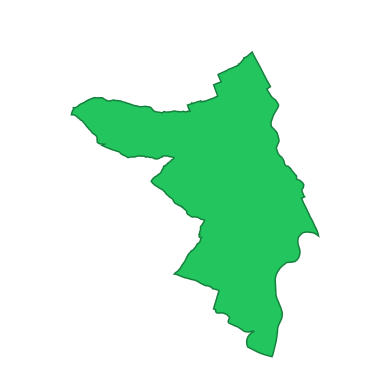 Ionesti, Gorj, Romania (orthographic projection), rotated 10°
{"feature_id": "2599482B1441582003717", "entity_name": "Ionesti", "entity_type": "district", "adm_level": 2, "iso_a3": "ROU", "parent_name": "Romania", "parent_adm1": "Gorj", "projection": "orthographic", "projection_center": [23.41, 44.619], "detail": "fine", "context": "isolated", "style": "filled", "palette": "green", "viewbox_px": 384, "rotation_deg": 10, "n_neighbors": 0, "source": "geoboundaries", "source_scale": "gbopen_adm2", "svg_char_len": 6078}
<svg xmlns="http://www.w3.org/2000/svg" viewBox="0 0 384 384"><g transform="rotate(10 192 192)"><path d="M237.5,57.3L229.7,47.5L226.9,43.7L222.6,49.1L219.8,51.0L220.1,51.3L219.0,53.5L217.5,56.2L216.5,57.4L215.5,58.1L215.9,58.9L210.4,62.7L207.2,64.6L206.0,65.4L205.5,66.1L197.4,71.6L197.3,72.1L201.7,78.6L199.5,79.7L194.7,82.7L200.7,93.1L197.5,95.3L197.3,95.5L188.4,100.7L188.2,100.4L185.5,101.7L184.9,100.7L180.0,103.2L177.0,104.9L176.4,104.3L176.1,105.0L175.8,105.4L172.4,107.2L173.5,108.7L173.6,109.4L174.5,110.7L174.8,110.5L175.1,110.9L176.3,113.4L175.6,112.9L174.8,112.8L173.5,113.3L172.6,114.0L172.0,114.3L170.7,114.1L170.0,114.2L169.3,114.0L168.2,114.7L167.3,115.0L164.8,115.1L163.4,115.4L162.1,115.2L160.4,115.3L156.3,117.0L154.8,117.3L152.5,117.9L151.4,117.7L150.3,117.7L149.9,118.1L149.2,119.0L148.3,119.3L146.3,119.1L144.1,119.3L141.0,119.1L140.2,118.7L136.8,116.0L136.1,115.7L135.1,115.6L133.3,115.8L131.3,115.7L128.7,116.4L127.4,116.9L125.3,117.1L124.2,116.9L119.5,116.8L113.7,115.8L112.3,115.9L111.3,115.4L109.7,115.4L107.6,115.2L106.0,114.7L104.8,114.9L102.3,114.9L101.6,115.2L99.0,115.0L97.8,115.4L96.2,116.3L93.6,116.9L92.8,116.8L91.9,116.6L88.6,115.4L87.8,114.9L87.0,114.8L81.6,115.9L79.9,115.9L78.5,116.5L74.4,119.0L72.2,120.7L70.5,122.4L66.8,124.9L65.7,126.0L64.4,127.7L63.5,128.6L61.8,129.5L60.5,129.5L60.4,129.8L60.5,130.0L60.9,130.5L61.0,130.8L60.1,133.3L59.8,136.9L60.9,136.7L63.1,136.7L63.6,136.8L64.9,137.4L67.1,138.8L68.2,139.1L69.2,140.1L69.5,140.3L72.0,141.1L72.7,142.1L73.8,142.8L76.9,145.7L80.6,148.6L81.5,149.1L83.7,151.2L86.0,152.3L86.8,152.6L88.2,153.7L89.0,154.5L89.2,155.6L89.3,157.0L89.8,157.9L90.1,159.5L92.2,160.5L94.5,160.5L97.3,160.2L95.3,161.8L98.0,162.4L98.8,162.7L106.0,164.2L113.1,165.1L114.8,166.0L115.6,166.8L118.0,167.6L120.3,168.1L122.8,169.2L123.8,169.0L125.8,168.0L126.9,167.8L127.7,167.9L128.7,167.5L129.8,167.4L130.9,166.6L131.8,166.4L132.4,165.9L133.8,165.8L134.8,165.4L135.6,165.6L136.3,165.2L136.8,165.4L137.3,165.3L138.3,164.9L140.7,165.7L140.8,165.7L141.3,165.1L141.9,164.9L144.1,165.3L145.5,165.2L146.7,164.9L149.6,165.8L150.4,165.6L151.7,165.6L153.8,164.5L155.3,163.2L156.8,162.6L157.2,162.2L157.4,161.4L158.4,161.1L159.9,161.2L161.2,160.8L162.3,160.8L163.5,161.1L164.9,161.0L168.2,161.1L168.3,161.9L167.8,162.8L166.4,163.8L165.9,164.8L164.1,167.0L163.5,167.3L162.0,169.7L161.4,170.2L161.2,170.8L160.0,171.1L159.8,171.4L160.1,171.5L159.5,172.7L159.6,173.4L158.5,175.9L158.3,177.1L157.8,178.5L157.3,179.3L156.8,179.8L156.2,180.2L154.4,182.3L152.7,183.7L151.4,185.3L151.4,185.7L150.8,186.4L150.1,188.0L150.0,188.7L152.0,190.3L154.5,191.9L155.4,192.1L159.2,193.8L162.5,194.9L163.2,195.3L165.7,197.1L167.0,198.5L167.4,198.8L168.7,199.4L170.0,200.2L170.7,200.9L171.4,201.2L172.2,201.4L173.8,202.2L174.8,203.3L176.4,205.3L177.3,206.0L178.0,206.3L179.4,206.5L180.0,207.0L181.0,207.4L184.3,207.9L183.9,208.2L185.6,209.0L189.6,211.4L190.0,212.1L190.8,213.9L191.7,214.8L193.1,215.2L195.5,216.4L196.8,216.6L198.8,216.0L202.1,216.0L202.8,216.1L205.1,217.1L206.9,217.4L208.4,217.3L209.3,217.8L208.5,220.4L208.2,220.8L208.1,221.4L207.6,222.5L207.5,223.0L206.5,224.4L206.4,225.3L206.8,226.4L206.9,227.2L206.3,232.7L207.2,232.6L207.0,233.7L206.8,234.0L206.8,234.8L207.2,235.2L207.8,235.4L209.2,235.0L208.9,236.0L208.3,240.2L206.1,242.4L205.5,244.5L205.0,245.6L204.4,246.6L203.8,247.8L203.4,248.5L203.0,248.9L202.2,249.5L201.6,250.1L201.0,250.8L200.8,251.5L198.9,254.7L197.0,261.4L195.0,265.6L193.8,268.9L193.7,269.8L192.8,270.3L192.1,272.1L190.2,273.9L189.3,275.0L188.8,275.9L189.9,275.7L190.9,275.8L196.4,277.0L199.7,277.6L203.3,277.8L206.2,278.2L210.1,278.3L211.5,278.6L213.6,279.3L217.3,280.7L220.9,281.7L222.5,281.9L223.6,281.5L224.3,281.7L225.3,281.7L225.8,282.0L226.7,282.0L227.5,282.7L228.4,283.0L229.2,283.3L229.4,283.8L230.7,283.5L232.4,283.8L234.0,283.9L235.4,284.3L235.6,284.7L235.5,286.1L233.5,303.4L235.5,303.8L236.1,305.4L236.7,306.4L237.6,306.7L238.6,306.7L243.8,305.7L248.0,306.8L250.5,308.9L250.8,309.4L250.8,310.1L250.3,311.2L250.1,312.8L250.1,313.3L250.3,313.7L250.5,314.0L251.1,314.6L252.3,314.9L253.1,315.3L254.2,315.4L257.0,316.2L260.4,316.9L263.8,318.3L267.0,319.9L268.0,320.2L269.4,320.3L271.7,320.1L273.2,319.7L275.3,318.5L276.2,318.3L277.0,318.6L277.2,318.8L276.0,319.6L274.2,321.4L273.1,323.0L272.3,324.8L271.9,326.3L271.7,328.3L271.8,329.8L272.1,331.0L272.6,332.8L273.9,335.0L284.8,338.3L288.0,339.0L291.6,339.6L299.4,340.3L299.8,338.2L300.0,336.1L300.8,323.9L300.7,320.0L300.5,317.5L300.5,315.5L300.1,312.4L300.0,310.6L300.4,308.1L302.0,302.1L302.3,300.5L302.3,299.3L302.1,296.2L301.6,294.6L299.6,290.7L295.3,283.9L294.4,282.6L293.7,281.3L292.5,278.6L289.1,263.6L289.1,259.6L290.0,256.2L292.0,251.6L293.2,249.9L294.5,248.2L295.6,247.3L296.6,245.8L297.4,245.1L299.7,244.4L301.8,243.9L304.7,243.0L305.6,242.4L307.2,240.7L308.3,238.4L308.6,237.4L308.9,235.4L308.9,233.4L308.6,231.6L308.2,230.2L305.6,225.1L304.8,222.4L304.5,219.3L304.7,218.1L305.4,216.7L307.0,214.2L308.3,212.9L309.5,212.3L311.4,211.6L313.2,211.3L318.5,211.1L319.5,211.3L321.1,211.9L322.9,212.6L324.2,213.3L323.4,211.3L323.4,211.1L321.7,208.1L318.4,203.6L316.6,200.9L314.3,197.8L312.8,196.2L311.5,194.0L309.4,191.3L307.9,189.0L303.7,183.4L302.2,181.0L300.9,179.2L303.8,177.2L302.9,176.4L300.3,172.3L299.8,171.0L299.9,170.1L300.4,169.2L300.8,168.7L300.8,168.1L300.9,167.5L300.9,166.0L300.6,165.0L299.1,163.6L297.0,162.2L296.0,161.8L293.9,161.4L292.8,160.9L292.5,160.4L292.4,159.9L292.4,159.0L292.2,158.4L291.8,157.6L291.4,157.4L291.0,157.3L289.5,155.9L287.3,154.1L286.6,153.6L285.7,152.4L284.9,151.7L284.1,151.1L282.7,150.4L282.0,149.8L280.8,150.1L279.9,149.9L279.1,149.3L278.6,148.7L277.4,146.1L276.1,144.0L274.4,142.3L272.3,141.1L270.7,139.8L269.6,138.3L267.4,134.2L267.8,131.5L268.6,128.3L268.9,126.8L268.6,125.7L267.6,123.2L265.6,119.1L264.2,117.7L258.6,113.5L257.7,109.6L257.8,108.5L258.4,105.6L258.5,103.8L258.7,103.0L259.3,101.0L262.1,93.3L262.2,91.8L262.1,91.2L261.5,90.3L258.5,87.1L257.6,86.5L255.8,85.7L253.7,84.3L251.5,81.8L247.8,77.7L251.0,74.6L245.6,68.0L237.5,57.3Z" fill="#22c55e" stroke="#15803d" stroke-width="1.5"/></g></svg>